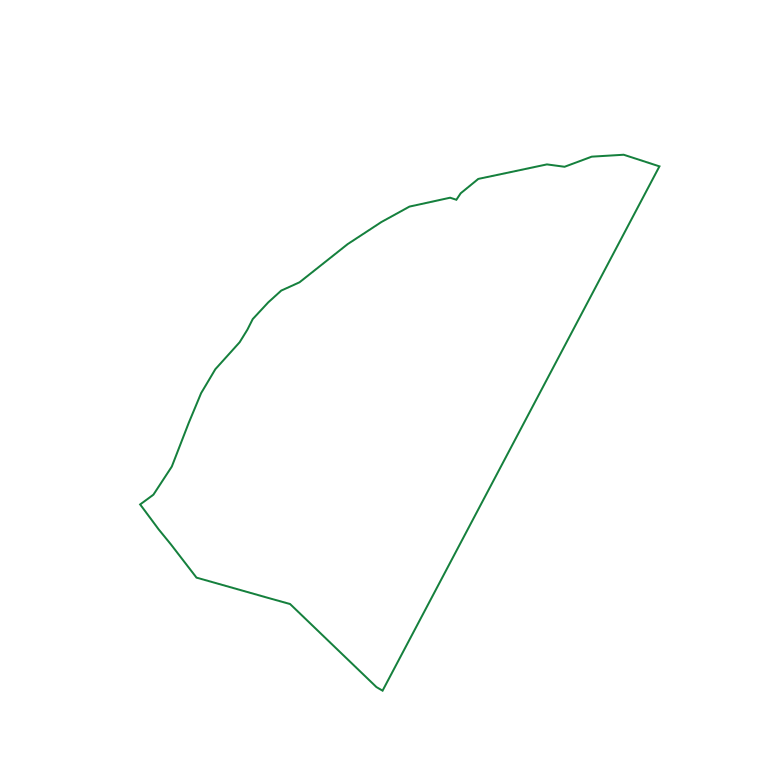 Ruby Estate, Soufrière, Saint Lucia (orthographic projection), rotated 18°
{"feature_id": "8701671B78745731328632", "entity_name": "Ruby Estate", "entity_type": "district", "adm_level": 2, "iso_a3": "LCA", "parent_name": "Saint Lucia", "parent_adm1": "Soufrière", "projection": "orthographic", "projection_center": [-61.05, 13.858], "detail": "fine", "context": "isolated", "style": "outline", "palette": "green", "viewbox_px": 768, "rotation_deg": 18, "n_neighbors": 0, "source": "geoboundaries", "source_scale": "gbopen_adm2", "svg_char_len": 607}
<svg xmlns="http://www.w3.org/2000/svg" viewBox="0 0 768 768"><g transform="rotate(18 384 384)"><path d="M265.5,626.1L338.5,623.3L362.7,622.3L470.5,674.6L476.0,675.8L477.4,676.1L578.7,91.9L541.1,91.9L511.3,103.6L488.6,121.6L471.1,124.8L410.3,159.8L398.0,178.9L395.9,186.4L389.3,186.4L353.4,207.4L331.5,230.7L306.2,262.2L272.2,313.4L257.4,326.9L248.7,342.1L239.1,362.8L238.2,368.6L237.3,374.5L233.8,388.9L219.0,422.1L215.3,438.6L212.9,449.1L211.8,462.9L210.3,481.4L207.7,528.1L198.9,560.5L189.3,573.9L208.3,587.4L214.6,591.9L230.9,602.4L265.5,626.1Z" fill="none" stroke="#15803d" stroke-width="2"/></g></svg>